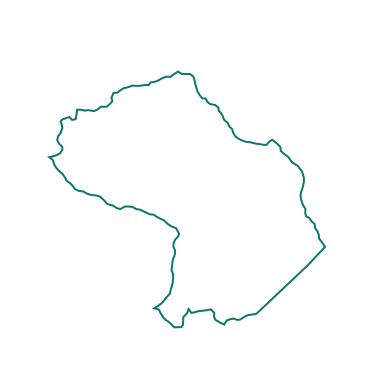 Auriflama, São Paulo, Brazil, rotated 323°
{"feature_id": "56859067B77500950305904", "entity_name": "Auriflama", "entity_type": "district", "adm_level": 2, "iso_a3": "BRA", "parent_name": "Brazil", "parent_adm1": "São Paulo", "projection": "orthographic", "projection_center": [-50.592, -20.639], "detail": "fine", "context": "isolated", "style": "outline", "palette": "teal", "viewbox_px": 384, "rotation_deg": 323, "n_neighbors": 0, "source": "geoboundaries", "source_scale": "gbopen_adm2", "svg_char_len": 2494}
<svg xmlns="http://www.w3.org/2000/svg" viewBox="0 0 384 384"><g transform="rotate(323 192 192)"><path d="M149.8,57.1L146.7,60.3L142.9,63.8L139.6,62.3L139.2,58.4L136.0,57.3L132.2,56.0L129.5,56.6L128.6,59.8L126.9,62.9L122.5,65.8L118.7,66.9L115.7,69.2L114.9,73.2L115.6,77.5L114.1,80.0L110.1,81.7L105.3,81.0L102.2,79.7L98.9,78.3L100.1,82.5L98.5,87.5L98.1,91.3L98.5,95.2L99.4,99.5L99.4,102.7L98.6,107.2L100.0,112.0L100.4,115.4L100.4,119.5L102.3,123.0L105.5,126.1L106.9,129.6L108.8,132.6L113.4,137.2L115.8,140.3L116.7,145.4L117.1,150.5L120.8,155.5L122.1,159.4L124.5,162.5L129.6,163.2L132.2,165.1L135.6,168.2L137.2,172.2L139.8,174.7L141.9,178.7L144.6,184.1L147.8,187.1L148.9,190.6L150.6,194.2L152.6,198.0L153.3,202.5L154.7,206.7L157.5,211.4L156.4,218.0L153.8,219.2L150.2,219.8L146.5,221.8L144.4,224.2L143.3,228.3L141.2,231.0L139.1,232.8L136.3,234.2L133.5,237.0L128.8,241.9L127.5,245.9L125.4,249.2L122.0,252.8L119.1,255.2L116.7,256.8L113.1,259.9L108.4,260.7L104.3,261.8L100.5,262.6L96.2,262.5L91.8,262.1L94.8,266.1L94.0,269.8L93.6,275.3L94.0,278.3L95.3,281.7L96.3,289.3L102.2,293.5L105.0,292.5L109.8,286.7L115.2,285.8L118.9,283.5L118.7,288.1L121.5,289.6L124.8,290.7L132.6,295.3L136.5,297.1L137.0,302.0L134.4,305.0L133.8,308.3L136.0,313.7L138.0,317.2L142.4,315.5L146.1,316.7L149.1,318.1L151.2,321.5L153.8,322.9L158.2,323.2L162.7,324.0L166.1,326.0L170.3,328.0L240.2,320.2L265.1,315.9L265.5,311.7L265.5,305.5L267.4,302.7L268.6,298.4L268.5,295.2L270.7,291.3L269.8,287.2L270.1,283.3L268.6,280.2L269.7,277.0L272.4,273.8L272.8,268.9L274.5,264.0L276.6,260.0L279.7,257.3L283.7,254.6L287.9,250.8L290.1,247.6L292.2,241.9L292.2,235.0L291.0,231.8L289.7,227.9L289.9,224.9L289.8,221.4L288.7,217.8L287.6,212.5L289.7,209.3L289.1,204.9L287.5,198.5L284.0,198.3L279.8,199.2L277.4,197.1L274.6,194.2L272.5,192.3L268.2,187.1L265.2,184.3L262.4,179.9L260.9,176.7L260.0,173.5L260.6,169.2L261.9,165.9L261.2,162.4L262.1,158.2L261.1,153.7L262.4,148.9L262.7,145.9L262.2,143.0L263.9,140.4L262.8,136.4L259.5,132.8L258.5,129.8L259.1,125.5L256.7,123.6L256.4,119.2L257.0,114.6L258.4,111.1L259.4,108.1L261.4,104.1L262.6,100.3L261.4,96.6L254.9,91.5L253.3,87.3L248.0,87.1L244.1,87.1L240.8,84.4L236.3,83.1L231.0,82.5L227.9,81.2L224.7,79.5L221.7,80.5L218.1,77.8L214.1,75.7L210.6,73.1L208.4,71.1L205.4,70.3L202.6,69.3L200.1,68.0L196.7,67.7L192.1,67.8L189.1,65.6L184.5,68.2L182.9,71.7L179.0,72.3L175.3,72.6L170.4,69.0L166.1,69.3L162.2,68.3L158.8,64.5L154.9,62.1L153.2,59.8L149.8,57.1Z" fill="none" stroke="#0f766e" stroke-width="2"/></g></svg>